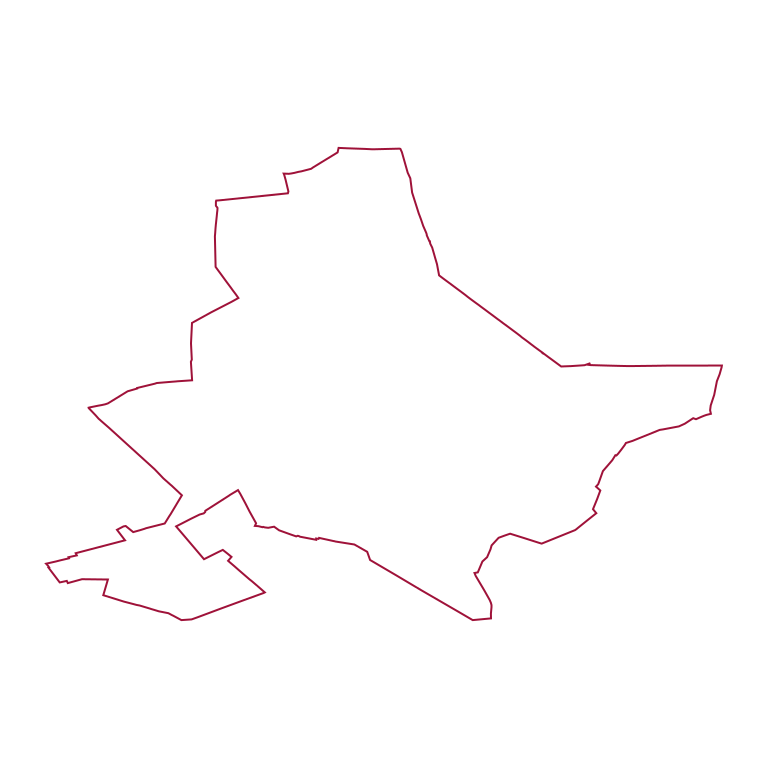 outline of Talsi, Talsi, Latvia
{"feature_id": "27541924B77419719767083", "entity_name": "Talsi", "entity_type": "district", "adm_level": 2, "iso_a3": "LVA", "parent_name": "Latvia", "parent_adm1": "Talsi", "projection": "robinson", "projection_center": [22.584, 57.246], "detail": "fine", "context": "isolated", "style": "outline", "palette": "rose", "viewbox_px": 768, "rotation_deg": 0, "n_neighbors": 0, "source": "geoboundaries", "source_scale": "gbopen_adm2", "svg_char_len": 4291}
<svg xmlns="http://www.w3.org/2000/svg" viewBox="0 0 768 768"><path d="M338.6,147.9L337.6,152.4L321.4,162.3L313.1,167.4L311.7,168.4L311.1,168.8L309.2,169.3L301.9,171.2L301.6,171.3L298.3,171.9L294.3,172.9L291.1,173.5L288.8,173.8L283.7,173.6L284.2,174.8L285.6,179.8L288.4,191.5L287.9,193.3L219.9,200.3L216.2,200.6L215.9,201.8L215.9,205.7L216.1,206.1L216.4,206.5L216.8,206.9L217.1,207.3L217.4,207.7L217.5,208.1L217.4,209.9L217.3,211.0L217.1,212.5L216.7,216.7L216.2,221.3L216.0,223.3L215.9,224.0L215.5,228.5L215.2,232.9L214.9,236.3L215.6,266.9L218.3,270.6L221.1,274.4L226.2,281.4L231.4,288.4L232.1,289.4L232.9,290.5L235.7,294.2L238.4,298.0L233.2,300.9L231.2,302.0L211.2,312.3L192.0,322.9L191.3,337.2L191.0,343.4L191.8,359.6L190.9,361.8L192.1,380.3L177.3,381.3L176.5,381.4L170.2,381.9L157.0,383.0L156.5,383.1L155.1,383.6L151.5,384.5L138.7,387.6L137.1,388.0L137.2,388.5L135.9,388.9L127.6,391.3L107.9,403.4L105.2,404.3L101.5,405.1L98.1,405.7L90.2,407.3L88.6,407.7L88.7,408.1L91.8,411.3L95.7,415.4L98.7,418.8L99.9,419.8L101.2,421.0L108.9,427.7L132.0,448.7L154.7,469.3L163.4,478.4L170.5,484.7L171.6,485.6L181.9,495.3L177.4,502.8L175.5,506.0L170.4,514.5L169.5,515.8L165.1,522.9L164.7,523.5L146.1,528.2L144.5,528.8L140.0,530.2L133.2,532.1L125.7,526.0L123.5,526.4L117.0,529.8L125.0,540.3L75.7,553.2L76.8,555.4L68.5,557.2L69.0,558.3L60.1,560.4L55.8,561.5L46.1,563.7L48.2,566.0L49.1,567.4L48.5,567.6L49.9,569.5L59.7,582.4L60.4,582.3L66.8,580.9L67.8,583.1L82.0,579.2L107.9,579.5L103.3,595.2L123.9,601.6L133.5,604.1L136.4,604.9L139.6,605.5L144.6,607.0L150.3,608.7L151.1,609.0L154.2,609.9L158.8,611.3L168.4,613.2L172.1,615.2L172.8,615.5L177.1,617.8L181.4,620.1L191.6,619.4L197.5,617.3L220.8,608.6L242.9,600.5L263.6,593.0L264.8,592.4L256.3,585.0L252.1,581.4L250.6,580.2L249.8,579.6L247.6,577.7L245.4,575.8L243.2,573.9L238.8,570.1L234.5,566.3L229.8,562.3L228.1,560.8L231.5,556.9L227.5,553.6L222.8,549.9L218.0,552.2L204.0,559.2L196.7,550.6L183.1,534.6L176.1,526.4L180.6,524.1L190.9,518.8L199.7,514.5L203.7,513.4L205.2,512.0L205.3,510.8L218.3,502.5L218.6,502.3L228.9,495.7L230.0,494.9L238.0,490.1L240.2,493.7L245.2,503.0L249.6,511.6L256.1,523.3L254.9,525.9L258.5,526.2L262.5,527.2L263.1,526.9L264.8,527.4L268.2,527.8L274.1,526.7L279.1,530.3L289.9,534.2L296.2,536.4L297.7,535.8L298.7,536.0L300.0,536.7L316.2,539.8L316.2,538.5L318.5,538.9L318.9,538.6L319.1,537.9L325.0,539.2L326.9,539.6L333.7,541.1L334.4,541.2L335.4,541.5L354.4,544.5L367.2,551.8L370.1,560.0L396.5,575.5L420.7,589.9L458.5,611.8L472.7,620.1L491.0,618.4L490.9,613.7L491.5,607.2L491.5,605.1L490.9,602.8L489.7,600.0L487.4,595.9L484.3,590.4L475.7,575.9L474.5,573.0L476.1,572.7L477.8,572.4L482.4,561.5L487.1,557.2L490.5,549.3L491.6,545.4L498.6,537.8L504.3,535.7L510.1,533.7L524.2,538.1L538.3,542.6L539.6,543.0L540.9,543.4L541.7,543.6L575.1,530.1L576.5,529.1L577.8,528.0L587.0,520.6L596.3,513.2L593.0,509.2L597.2,498.9L600.3,490.5L597.8,488.2L596.0,486.6L598.2,484.2L599.6,480.4L602.9,471.1L612.2,460.3L615.4,455.2L616.4,455.5L618.2,453.6L621.7,449.1L624.8,444.9L625.9,443.0L632.5,440.9L638.4,438.5L659.7,429.9L663.0,429.4L678.9,426.4L684.8,423.7L693.2,418.2L694.0,418.5L696.0,419.2L701.7,416.7L704.2,415.7L706.5,414.9L710.9,413.8L710.1,410.2L710.7,405.5L712.7,399.4L714.2,394.9L716.9,381.2L719.6,374.3L721.6,367.3L721.9,365.5L717.4,365.5L714.5,365.5L704.6,365.6L668.3,365.6L654.7,365.8L629.0,366.1L619.6,365.9L608.2,365.6L590.7,365.1L589.9,365.0L590.1,364.9L589.5,363.5L584.6,365.2L580.2,365.5L571.0,366.1L563.0,366.4L561.2,366.5L553.6,360.9L550.2,358.4L548.4,357.1L543.7,353.6L543.3,353.3L543.1,353.5L542.2,352.8L542.1,352.7L542.3,352.5L538.8,350.0L534.3,346.7L533.3,345.9L530.9,344.1L525.8,340.2L521.8,337.3L520.2,335.9L515.6,332.4L512.9,330.4L507.4,326.3L503.0,323.1L498.5,319.7L498.3,319.6L493.9,316.3L489.3,312.9L484.9,309.6L480.4,306.3L479.0,305.2L475.8,302.9L470.5,299.0L467.6,296.8L465.5,295.1L459.5,290.6L443.2,278.5L439.1,275.4L438.5,272.2L438.0,269.6L437.0,264.2L435.0,257.4L434.1,254.2L433.0,250.4L432.2,247.6L430.2,243.6L429.9,241.3L429.4,241.3L427.3,236.5L426.8,235.4L426.7,234.3L426.2,232.8L423.2,225.9L421.0,219.4L419.7,215.9L418.8,213.6L412.1,192.5L411.9,190.8L410.3,178.3L407.7,172.7L401.9,152.2L400.4,148.9L399.8,148.7L397.6,148.7L372.7,149.3L364.5,148.9L347.5,148.3L338.6,147.9Z" fill="none" stroke="#9f1239" stroke-width="2"/></svg>